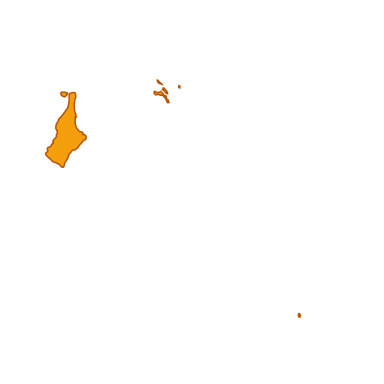 Motalava, Torba, Vanuatu, rotated 132°
{"feature_id": "77236927B68296465422624", "entity_name": "Motalava", "entity_type": "district", "adm_level": 2, "iso_a3": "VUT", "parent_name": "Vanuatu", "parent_adm1": "Torba", "projection": "albers", "projection_center": [167.627, -13.483], "detail": "fine", "context": "isolated", "style": "filled", "palette": "amber", "viewbox_px": 384, "rotation_deg": 132, "n_neighbors": 0, "source": "geoboundaries", "source_scale": "gbopen_adm2", "svg_char_len": 3650}
<svg xmlns="http://www.w3.org/2000/svg" viewBox="0 0 384 384"><g transform="rotate(132 192 192)"><path d="M197.5,346.9L198.8,347.6L200.2,348.7L201.1,348.6L202.2,348.1L203.2,347.1L204.4,346.2L205.6,345.0L207.3,343.8L209.0,342.6L211.0,341.5L212.1,341.0L213.1,340.6L220.4,339.8L223.8,339.7L225.9,339.8L227.1,339.8L228.5,339.0L230.1,338.7L232.7,338.1L235.6,336.1L236.4,334.7L236.9,332.7L237.6,332.4L238.6,331.2L239.8,331.2L240.9,330.5L242.0,329.6L242.9,329.6L244.5,329.8L246.3,329.7L247.8,329.1L248.8,327.6L249.9,328.1L250.9,328.1L251.9,327.6L252.9,327.7L254.2,328.2L255.3,328.8L256.7,328.6L257.4,327.2L258.6,326.3L259.2,326.5L260.8,326.7L261.8,326.1L262.3,324.6L262.5,321.4L262.2,320.4L262.4,319.0L262.5,317.8L262.6,316.7L262.3,314.9L262.1,314.0L261.2,312.8L261.1,312.2L260.9,310.6L260.2,309.5L260.0,308.9L260.7,307.3L260.5,305.2L259.9,304.3L258.7,304.3L256.9,305.2L256.0,305.9L253.9,306.2L253.3,306.3L251.5,306.6L250.1,307.0L248.5,307.7L246.9,308.4L245.2,308.6L242.8,308.6L241.7,308.8L240.1,308.6L239.6,307.7L238.9,306.9L237.1,307.0L236.0,306.5L234.1,306.7L232.2,307.1L230.4,306.8L228.3,307.0L227.3,307.1L226.3,306.9L225.5,306.9L224.9,306.9L224.2,306.1L223.1,306.8L222.2,307.1L221.3,308.3L221.4,310.6L222.4,311.8L221.0,312.6L221.1,313.9L222.3,316.1L222.2,317.2L222.1,318.7L221.4,321.2L219.8,323.8L219.1,324.8L218.4,325.6L217.3,326.4L216.4,327.0L214.8,328.7L214.3,328.4L213.6,328.2L213.7,329.2L213.3,329.7L212.6,329.7L211.9,330.3L211.7,331.0L211.4,331.7L209.8,334.1L209.3,334.5L208.6,335.3L207.2,336.6L207.0,336.9L206.2,337.8L205.2,338.6L203.9,339.3L203.4,339.5L202.9,340.1L202.1,340.7L201.6,340.9L200.9,341.2L200.2,341.6L199.6,341.7L199.2,341.9L198.4,342.7L196.6,344.6L196.8,345.9L197.5,346.9ZM138.2,278.6L138.5,279.3L138.3,280.7L138.6,282.8L140.0,283.1L140.7,283.5L141.8,285.6L142.2,287.2L143.1,287.0L143.9,286.3L144.1,285.3L144.1,283.9L142.3,282.7L141.8,281.9L141.3,280.3L140.4,279.3L139.6,277.8L138.2,278.6ZM203.0,353.3L203.2,353.7L203.4,353.9L203.5,354.1L204.4,354.8L204.7,355.1L204.9,355.5L205.3,355.7L205.7,355.8L206.1,355.7L206.3,355.6L206.4,355.3L206.6,355.1L206.9,354.9L207.2,354.7L207.3,354.4L207.3,354.1L207.3,353.7L207.4,353.3L207.4,353.1L207.4,352.7L207.4,352.4L207.3,352.1L207.1,351.8L207.0,351.6L206.9,351.4L206.9,350.9L206.7,350.6L206.5,350.3L206.2,350.2L205.8,350.1L205.4,350.0L205.0,350.0L204.6,350.0L204.0,350.1L203.6,350.1L203.4,350.0L203.2,349.8L202.9,349.8L202.7,349.8L202.3,350.2L202.1,350.4L201.9,350.7L201.7,351.2L201.7,351.4L202.0,351.6L202.5,352.0L202.6,352.3L202.8,352.8L203.0,353.3ZM133.8,283.0L135.9,282.4L135.5,282.1L135.4,281.0L135.7,280.0L135.8,278.7L135.7,277.7L135.7,276.4L135.4,275.8L134.3,277.1L133.9,278.7L133.7,280.6L133.5,282.1L133.8,283.0ZM140.9,269.0L140.6,270.3L139.6,271.1L140.2,271.9L140.1,272.3L139.0,274.1L138.0,275.4L138.4,276.6L140.0,276.7L140.0,275.9L140.2,274.4L140.8,272.9L141.3,271.6L141.9,270.4L141.8,269.6L140.9,269.0ZM131.9,287.6L132.1,288.7L131.9,291.3L131.9,292.5L132.2,292.7L132.5,292.2L133.4,290.2L133.2,289.3L133.0,288.4L132.5,287.5L132.1,286.5L131.9,287.6ZM211.8,28.8L211.7,28.8L211.6,28.7L211.4,28.7L211.2,28.7L211.2,28.8L211.1,29.0L211.1,29.3L211.1,29.5L211.0,29.8L210.9,29.9L210.8,30.0L210.7,30.2L210.6,30.3L210.5,30.6L210.6,30.9L210.6,31.0L210.8,31.3L211.1,31.3L211.3,31.2L211.5,30.9L211.8,30.9L212.0,30.7L212.3,30.4L212.5,30.3L212.6,30.2L212.8,30.0L212.8,29.9L212.9,29.7L213.0,29.7L213.2,29.4L213.3,29.3L213.3,29.1L213.2,28.9L212.9,28.8L212.8,28.7L212.8,28.4L212.7,28.3L212.7,28.2L212.5,28.3L212.5,28.5L212.4,28.6L212.2,28.7L211.8,28.8ZM121.4,271.9L121.8,272.9L123.0,272.0L123.2,271.4L122.7,270.7L121.9,271.5L121.4,271.9Z" fill="#f59e0b" stroke="#b45309" stroke-width="1.5"/></g></svg>